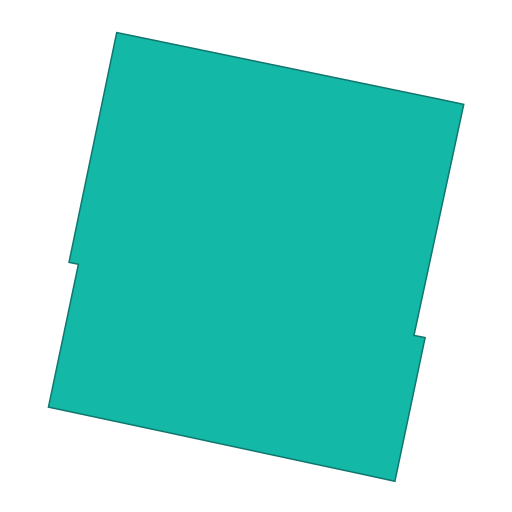 Dawes, Nebraska, United States of America (Albers equal-area conic projection), rotated 192°
{"feature_id": "52423323B29659430043137", "entity_name": "Dawes", "entity_type": "district", "adm_level": 2, "iso_a3": "USA", "parent_name": "United States of America", "parent_adm1": "Nebraska", "projection": "albers", "projection_center": [-103.155, 42.719], "detail": "fine", "context": "isolated", "style": "filled", "palette": "teal", "viewbox_px": 512, "rotation_deg": 192, "n_neighbors": 0, "source": "geoboundaries", "source_scale": "gbopen_adm2", "svg_char_len": 340}
<svg xmlns="http://www.w3.org/2000/svg" viewBox="0 0 512 512"><g transform="rotate(192 256 256)"><path d="M438.7,445.6L437.6,210.9L428.0,211.0L427.6,65.0L324.0,65.0L258.9,64.9L258.3,64.9L155.0,64.7L123.3,64.7L73.3,64.5L73.6,211.3L85.0,211.2L84.3,447.5L102.1,447.5L438.7,445.6Z" fill="#14b8a6" stroke="#0f766e" stroke-width="1.5"/></g></svg>